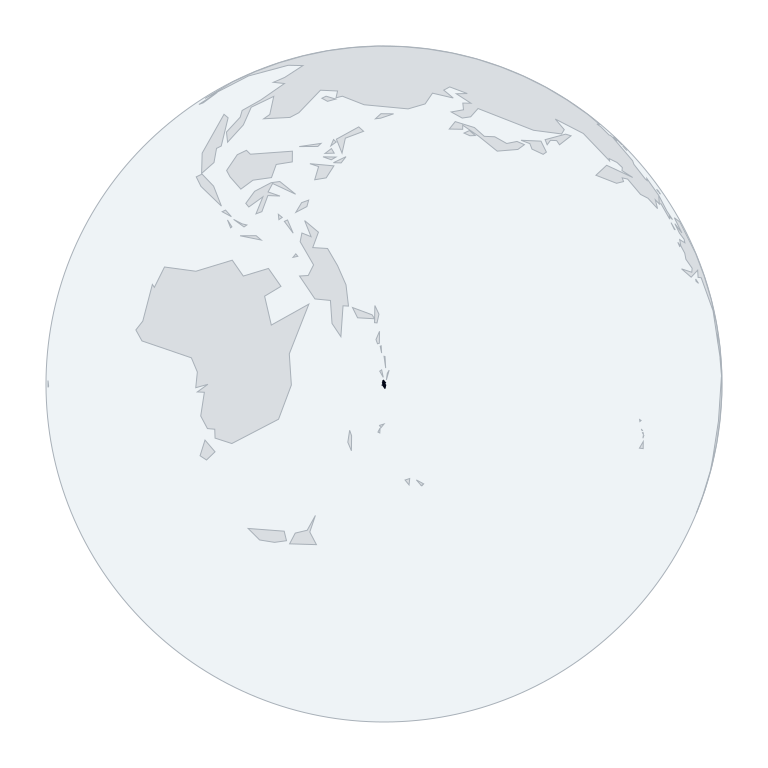 the Earth from above Makira, rotated 49°
{"feature_id": "SLB-3509", "entity_name": "Makira", "entity_type": "Province", "adm_level": 1, "iso_a3": "SLB", "parent_name": "Solomon Islands", "parent_adm1": "", "projection": "orthographic", "projection_center": [161.795, -10.523], "detail": "fine", "context": "on_globe", "style": "filled", "palette": "ink", "viewbox_px": 768, "rotation_deg": 49, "n_neighbors": 0, "source": "natural_earth", "source_scale": "10m", "svg_char_len": 7150}
<svg xmlns="http://www.w3.org/2000/svg" viewBox="0 0 768 768"><g transform="rotate(49 384 384)"><circle cx="384" cy="384" r="338" fill="#eef3f6" stroke="#a8b0b8"/><path d="M485.4,419.6L485.7,422.2L485.2,422.5L485.4,419.6ZM686.4,233.1L681.0,222.9L679.2,219.5L663.7,194.7L655.6,184.4L631.4,155.9L600.0,124.7L606.8,130.2L598.5,123.0L589.4,116.2L585.5,113.6L544.6,87.6L511.9,74.9L509.6,77.0L503.9,72.6L504.9,82.1L492.3,83.9L501.6,78.4L498.8,75.5L487.9,74.3L482.6,71.2L474.3,69.3L469.0,66.1L474.8,64.3L471.5,62.5L463.9,62.0L453.8,59.3L465.4,60.1L449.0,55.8L455.8,54.4L489.7,63.1L512.5,71.5L534.6,81.5L555.9,93.1L576.3,106.1L595.7,120.6L614.1,136.5L631.2,153.7L647.1,172.0L661.7,191.4L674.8,211.8L686.4,233.1ZM600.0,233.3L597.5,226.1L602.8,230.8L600.0,233.3ZM593.4,221.8L594.8,224.2L593.1,222.2L593.4,221.8ZM590.5,220.3L592.6,221.4L590.3,220.9L590.5,220.3ZM586.7,219.3L588.7,219.5L588.5,219.8L586.7,219.3ZM580.2,215.5L578.5,214.4L580.2,213.9L580.2,215.5ZM584.6,113.2L589.8,116.5L599.9,124.3L596.2,121.7L584.6,113.2ZM564.6,100.3L565.6,100.4L574.8,106.8L571.4,104.7L564.6,100.3ZM509.2,79.9L514.4,80.6L511.2,81.1L509.2,79.9ZM474.1,69.6L474.2,70.6L469.8,69.3L474.1,69.6ZM457.7,63.4L450.5,61.5L458.8,63.1L457.7,63.4ZM447.1,60.2L429.7,56.7L428.7,58.1L421.9,52.9L438.9,57.0L449.2,58.4L444.9,58.7L447.1,60.2ZM420.9,51.0L417.6,50.3L422.2,50.8L420.9,51.0ZM314.4,53.3L329.4,51.0L327.5,52.8L332.1,51.6L343.9,50.8L344.7,50.1L347.8,49.6L378.6,49.9L382.2,51.3L400.6,52.3L403.0,52.0L401.3,50.8L421.9,52.9L428.7,58.1L423.0,58.4L431.1,62.5L417.0,62.9L409.2,66.0L389.2,65.7L384.7,69.0L388.4,70.4L385.1,76.8L365.5,87.1L365.0,72.5L391.3,60.8L379.1,64.4L377.0,62.1L369.7,62.8L361.6,66.2L363.6,67.4L325.7,69.2L296.4,80.9L310.3,81.1L311.8,85.9L290.6,104.7L237.8,132.3L239.2,143.3L234.6,150.5L222.8,154.8L229.2,144.1L223.7,140.2L229.1,134.2L212.4,139.0L219.4,130.6L202.9,139.5L201.4,146.1L213.6,144.1L196.3,156.6L199.6,169.2L192.2,185.3L160.2,215.8L139.5,226.6L136.5,232.4L132.4,226.8L120.6,239.2L123.4,270.3L121.1,280.1L104.9,300.8L105.7,293.4L94.6,278.5L88.0,302.6L96.2,320.2L98.9,343.4L90.5,337.6L88.3,317.5L84.5,311.6L88.8,290.7L91.9,262.0L83.7,269.6L87.5,257.7L90.5,236.3L80.6,247.2L62.6,284.2L54.9,315.8L51.0,331.8L56.7,300.0L63.8,276.0L72.7,252.6L83.3,229.9L95.5,208.0L109.4,187.1L124.7,167.3L141.5,148.7L159.6,131.4L178.9,115.5L199.3,101.0L220.8,88.1L243.2,76.8L266.3,67.2L290.1,59.4L314.4,53.3ZM160.9,635.3L165.6,638.5L166.1,639.8L160.9,635.3ZM157.5,394.5L165.6,395.7L165.5,397.3L157.5,394.5ZM148.8,389.5L157.6,389.4L147.8,393.1L148.8,389.5ZM161.1,389.5L170.1,386.0L174.0,383.2L173.6,386.6L161.1,389.5ZM143.1,390.0L114.8,392.5L104.5,389.8L106.2,383.6L122.9,382.8L143.1,390.0ZM105.4,383.5L90.5,369.8L75.5,327.8L80.8,327.0L97.6,350.7L96.3,355.8L105.3,367.0L105.4,383.5ZM144.2,349.2L143.0,364.2L126.7,364.3L119.6,362.7L114.7,344.3L117.4,334.5L122.9,334.1L148.2,300.4L156.2,307.5L147.6,321.3L154.4,333.5L144.2,349.2ZM54.6,318.5L53.2,336.0L51.6,340.3L54.6,318.5ZM161.3,278.1L149.2,292.2L161.1,273.7L161.3,278.1ZM170.0,261.3L169.4,267.9L166.4,261.7L170.0,261.3ZM133.6,241.2L127.6,243.4L128.8,238.9L137.3,233.5L133.6,241.2ZM186.4,199.5L181.2,212.1L178.2,216.5L178.0,209.0L186.4,199.5ZM429.6,555.9L438.3,560.4L431.7,570.5L420.1,580.2L403.9,581.3L429.6,555.9ZM317.5,569.9L308.9,555.9L324.3,556.0L324.9,567.8L317.5,569.9ZM438.3,548.8L444.0,537.9L438.2,522.0L447.0,537.1L460.9,540.4L442.7,560.1L438.3,548.8ZM237.9,512.2L192.7,538.4L180.4,535.8L178.3,524.8L156.9,493.5L160.4,493.9L151.7,472.9L175.5,452.0L191.0,417.3L210.2,419.4L221.0,395.4L242.7,397.7L239.4,416.5L265.6,430.4L274.4,388.3L299.1,435.7L324.0,454.6L341.4,486.7L329.1,537.9L314.0,547.0L307.1,541.4L301.8,546.5L287.9,543.3L272.4,525.0L267.5,530.1L268.7,517.1L263.3,528.5L252.5,517.0L237.9,512.2ZM396.4,440.3L401.8,442.4L413.0,452.4L404.2,449.5L396.4,440.3ZM472.2,426.6L476.6,431.3L470.3,431.1L472.2,426.6ZM485.2,422.5L477.6,422.5L485.4,419.6L485.2,422.5ZM414.7,415.9L418.2,419.3L416.3,420.1L414.7,415.9ZM412.3,414.5L414.2,410.2L415.0,415.0L412.3,414.5ZM383.4,385.8L385.9,383.8L387.5,385.8L383.4,385.8ZM177.7,395.4L188.2,383.2L194.8,382.2L177.7,395.4ZM378.5,380.2L371.5,378.8L371.8,376.5L378.5,380.2ZM378.1,374.5L376.9,371.0L382.5,379.6L378.1,374.5ZM363.9,365.2L373.1,372.3L363.1,365.8L363.9,365.2ZM359.1,365.5L353.0,362.1L353.3,361.1L359.1,365.5ZM298.1,363.6L320.0,385.5L304.2,383.5L285.8,369.6L274.5,380.3L247.1,376.9L252.4,370.0L247.9,359.0L221.6,353.9L216.2,346.9L225.0,342.4L208.6,336.7L226.4,333.9L234.3,348.3L244.7,337.7L264.2,341.4L284.2,347.6L301.9,359.7L298.1,363.6ZM227.9,365.2L231.1,365.3L228.7,369.6L227.9,365.2ZM341.3,352.8L350.2,360.8L349.4,362.5L345.2,360.9L341.3,352.8ZM305.6,357.6L324.0,347.6L328.6,348.3L316.7,360.5L305.6,357.6ZM318.8,339.4L328.0,342.0L333.3,349.2L331.5,350.9L318.8,339.4ZM191.5,351.5L191.0,355.5L186.6,352.4L191.5,351.5ZM196.9,349.2L210.6,353.6L195.9,352.5L196.9,349.2ZM159.6,336.5L163.0,345.5L173.9,339.2L165.6,348.0L173.8,363.1L171.6,369.0L163.3,352.6L161.7,369.9L157.0,369.8L153.7,355.2L158.0,337.2L162.8,329.8L182.8,326.2L159.6,336.5ZM196.6,337.9L193.1,327.2L195.8,320.2L199.5,325.8L196.6,337.9ZM184.4,302.3L177.0,290.7L169.1,295.4L186.5,278.7L190.5,292.4L184.4,302.3ZM180.2,276.7L172.5,281.0L181.2,271.4L180.2,276.7ZM171.3,277.2L171.8,269.2L177.1,270.1L171.3,277.2ZM183.8,277.0L187.5,263.5L189.0,271.3L183.8,277.0ZM173.1,251.9L182.2,264.2L168.0,259.3L173.4,234.4L179.9,233.6L173.1,251.9ZM247.1,159.0L248.8,153.2L256.4,152.1L253.0,156.3L247.1,159.0ZM282.5,145.8L258.9,150.0L240.3,154.8L243.4,157.5L234.4,167.5L232.7,158.1L249.8,147.5L262.9,145.8L270.1,138.2L283.0,133.6L288.2,124.5L295.5,121.0L294.8,129.1L282.5,145.8ZM289.9,120.7L303.7,106.2L315.5,109.3L315.1,113.2L303.8,118.2L298.3,116.2L289.9,120.7ZM310.5,103.9L305.3,102.1L314.6,83.0L319.4,80.0L318.6,94.6L313.6,94.0L309.3,98.5L310.5,103.9ZM415.9,50.6L417.5,50.3L418.7,50.9L415.9,50.6ZM347.9,49.3L352.3,48.7L353.5,49.0L347.9,49.3ZM365.1,47.6L360.6,47.6L367.3,47.4L365.1,47.6ZM350.3,48.0L359.8,47.5L347.9,48.4L350.3,48.0Z" fill="#d9dde1" stroke="#a8b0b8" stroke-width="1"/><path d="M387.4,385.8L387.4,385.7L387.5,385.8L387.4,385.9L387.2,385.9L386.9,385.9L386.4,385.7L386.1,385.8L385.8,385.8L385.7,385.7L385.4,385.6L385.2,385.5L384.9,385.5L384.7,385.4L384.6,385.5L384.5,385.4L384.4,385.4L384.3,385.2L384.3,385.3L384.1,385.2L384.0,385.3L384.0,385.2L383.9,385.2L383.7,384.9L383.4,384.8L383.3,384.7L383.2,384.6L382.9,384.5L382.9,384.4L382.8,384.2L382.7,384.2L382.7,384.3L382.4,384.2L382.6,383.9L382.5,383.7L382.4,383.6L382.2,383.7L382.3,383.6L382.3,383.4L382.2,383.4L382.3,383.2L382.2,383.1L381.9,383.0L381.8,382.9L381.7,382.9L381.4,382.9L381.4,383.0L381.3,382.9L381.2,382.9L381.0,382.7L381.1,382.4L381.1,382.1L381.3,382.1L381.7,382.1L382.3,382.4L382.9,382.8L383.3,383.1L383.6,383.3L383.8,383.3L384.0,383.3L384.1,383.5L384.4,383.6L384.5,383.5L384.8,383.5L385.0,383.5L385.4,383.7L385.5,383.7L385.8,383.6L386.0,383.8L386.2,384.0L386.3,384.3L386.5,384.6L386.6,384.8L386.8,384.9L386.9,385.0L386.9,385.4L386.9,385.5L386.7,385.5L386.8,385.7L386.9,385.8L387.2,385.7L387.4,385.8ZM383.7,382.5L383.7,382.4L383.5,382.2L383.8,382.2L383.8,382.4L383.9,382.6L383.7,382.6L383.7,382.5Z" fill="#0f172a" stroke="#020617" stroke-width="1.5"/></g></svg>